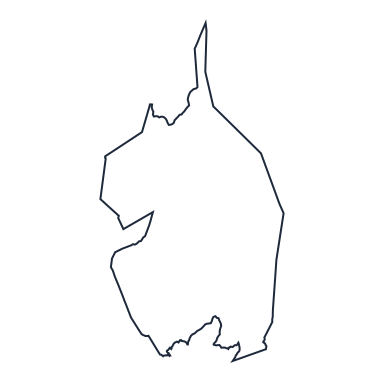 outline of San Juan Mixtepec -Dto. 08 -, Oaxaca, Mexico
{"feature_id": "50627088B120983506636", "entity_name": "San Juan Mixtepec -Dto. 08 -", "entity_type": "district", "adm_level": 2, "iso_a3": "MEX", "parent_name": "Mexico", "parent_adm1": "Oaxaca", "projection": "equal_earth", "projection_center": [-97.864, 17.366], "detail": "fine", "context": "isolated", "style": "outline", "palette": "slate", "viewbox_px": 384, "rotation_deg": 0, "n_neighbors": 0, "source": "geoboundaries", "source_scale": "gbopen_adm2", "svg_char_len": 3821}
<svg xmlns="http://www.w3.org/2000/svg" viewBox="0 0 384 384"><path d="M232.7,361.0L265.9,349.2L265.9,348.6L266.2,347.5L266.4,346.3L265.9,345.3L265.5,344.9L265.2,343.7L264.2,342.7L263.5,342.6L263.2,342.0L263.5,341.3L264.1,340.7L264.5,340.0L264.7,339.0L264.6,338.3L264.4,337.4L266.4,333.6L272.3,322.0L272.2,319.6L272.7,317.0L272.9,309.8L275.5,273.1L276.4,259.8L283.6,213.2L279.5,204.0L261.0,153.4L251.5,144.0L217.8,110.8L213.3,106.4L205.3,71.8L206.5,30.7L205.6,23.0L200.2,35.6L197.4,42.8L194.7,48.7L197.5,87.0L196.1,88.5L193.6,89.1L191.9,90.6L190.4,91.9L189.0,94.6L188.2,97.1L187.7,99.7L188.5,102.3L188.9,104.3L189.1,105.5L187.5,107.0L185.7,109.3L184.2,111.5L182.8,112.8L181.6,114.5L179.6,114.8L178.2,116.5L176.4,118.4L174.6,120.3L173.9,122.7L172.4,124.0L170.7,124.7L168.8,124.9L167.7,123.0L166.8,120.6L165.7,118.7L163.7,117.0L161.4,116.6L159.2,117.4L157.6,116.3L155.8,116.2L154.8,116.3L153.8,116.5L152.9,114.4L153.4,111.8L152.4,109.8L151.7,107.1L152.1,104.5L150.4,104.3L150.1,104.4L150.2,104.7L149.7,105.2L149.6,105.6L149.7,106.0L149.5,106.3L142.0,132.1L105.2,156.3L105.1,157.8L105.6,158.1L105.7,159.1L105.5,160.2L100.4,199.1L100.5,199.2L107.5,205.6L118.8,215.8L118.2,218.0L123.4,229.1L152.9,212.1L150.4,221.3L149.2,225.2L145.3,235.6L145.0,236.3L143.4,237.3L142.2,239.1L141.0,241.0L139.0,241.4L136.7,243.7L134.8,244.6L133.0,244.2L131.4,245.2L126.5,247.1L122.5,248.6L115.2,252.2L112.0,258.5L110.9,267.2L112.9,270.7L114.8,276.5L118.3,284.9L122.8,296.3L123.9,299.2L124.2,300.1L125.7,303.8L127.8,309.2L128.4,310.8L131.1,317.7L135.4,324.5L139.7,331.3L140.5,332.5L141.2,333.6L141.3,333.8L142.4,334.7L143.6,335.2L145.4,336.0L147.4,336.0L148.5,335.8L158.9,352.8L160.0,354.5L160.4,354.6L161.0,354.7L161.6,355.0L162.4,355.7L163.1,356.2L163.4,355.7L164.4,355.5L165.0,355.5L165.6,355.3L166.4,355.3L166.5,355.4L166.9,355.5L167.3,355.2L167.6,355.0L167.8,355.1L168.0,355.0L168.4,355.2L168.5,355.2L168.7,355.3L168.8,355.4L169.0,355.6L169.3,355.8L169.5,355.9L169.6,355.7L169.5,355.4L169.9,355.4L170.1,355.4L170.0,355.2L169.9,355.1L169.6,355.0L169.3,354.8L169.2,354.5L168.9,353.6L168.6,353.1L168.3,353.2L168.0,353.2L167.6,352.7L167.2,352.1L167.0,351.5L166.8,351.1L167.4,350.4L168.1,350.0L169.0,349.0L169.5,348.1L169.9,347.7L170.5,348.1L170.9,348.6L171.2,349.0L171.6,348.4L171.6,347.2L172.5,346.1L173.0,345.2L173.4,344.3L173.8,343.5L175.1,342.5L176.7,341.7L177.6,341.9L178.5,342.5L179.1,341.6L179.5,340.8L180.1,340.2L180.7,340.1L181.2,340.1L181.4,340.9L183.1,341.2L184.4,341.4L185.7,342.0L186.3,342.7L186.9,343.3L187.1,343.9L187.3,344.4L187.8,344.5L188.0,343.9L188.0,342.7L188.3,341.6L188.4,341.0L188.9,340.6L189.3,339.9L189.5,338.7L189.9,337.8L190.3,337.0L190.9,336.0L191.1,335.6L192.6,334.3L194.3,333.6L195.5,332.6L196.4,331.7L197.2,331.0L198.3,330.4L199.2,329.9L199.8,329.6L200.3,329.2L201.1,328.8L201.7,328.2L203.4,326.5L205.0,324.6L206.6,323.8L208.8,323.5L210.8,323.2L211.9,320.8L212.5,318.6L213.0,317.7L213.5,316.8L215.5,316.2L216.7,317.8L218.5,318.2L219.2,320.2L220.7,323.2L221.2,325.9L220.3,328.4L219.7,330.9L219.7,333.3L219.7,333.6L219.8,334.5L219.0,335.3L218.6,335.8L217.8,336.9L217.3,337.9L217.0,338.7L216.6,340.1L215.8,341.6L214.9,342.5L214.1,343.4L213.6,344.2L213.9,344.8L214.3,344.8L215.1,345.1L216.2,345.4L217.7,345.1L218.5,345.1L219.3,345.0L220.1,345.8L220.9,346.9L221.3,347.7L222.7,347.7L224.2,347.5L225.0,347.7L225.7,347.9L226.2,348.2L227.2,348.3L227.7,348.4L227.9,348.7L228.3,349.0L228.7,348.0L228.9,347.6L229.6,347.6L230.1,346.9L230.8,346.6L231.7,346.9L232.7,347.0L233.6,346.2L234.1,345.7L234.9,345.2L235.7,345.2L236.6,345.2L237.2,344.6L238.0,343.3L238.4,342.7L238.7,343.5L239.1,345.2L239.3,346.1L239.3,346.7L239.6,347.4L239.6,348.4L239.6,349.5L239.5,350.4L239.0,351.4L238.1,352.3L237.7,352.6L237.0,353.8L236.5,354.7L235.9,355.3L235.5,356.3L235.3,357.1L232.7,361.0Z" fill="none" stroke="#1e293b" stroke-width="2"/></svg>